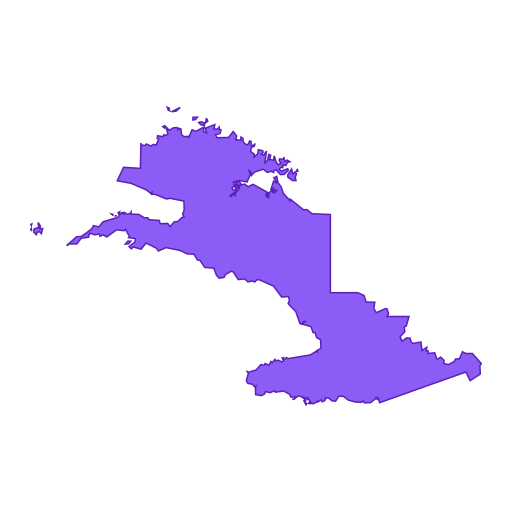 Alotau District, Milne Bay, Papua New Guinea (Natural Earth projection), rotated 180°
{"feature_id": "67681753B64121020462611", "entity_name": "Alotau District", "entity_type": "district", "adm_level": 2, "iso_a3": "PNG", "parent_name": "Papua New Guinea", "parent_adm1": "Milne Bay", "projection": "natural_earth1", "projection_center": [150.058, -10.179], "detail": "fine", "context": "isolated", "style": "filled", "palette": "violet", "viewbox_px": 512, "rotation_deg": 180, "n_neighbors": 0, "source": "geoboundaries", "source_scale": "gbopen_adm2", "svg_char_len": 6167}
<svg xmlns="http://www.w3.org/2000/svg" viewBox="0 0 512 512"><g transform="rotate(180 256 256)"><path d="M181.6,297.5L200.0,298.3L205.1,302.4L208.5,302.2L221.8,312.9L222.1,311.3L228.6,318.7L230.9,325.3L234.1,329.5L235.2,335.6L238.2,334.2L234.8,328.8L238.4,330.9L241.0,322.7L238.4,323.8L238.9,320.6L237.9,321.2L237.1,319.9L236.5,322.1L234.6,320.9L236.5,321.6L236.6,319.6L237.4,319.5L238.0,320.7L239.3,319.7L239.7,321.8L243.2,319.1L243.3,317.0L245.3,318.1L245.8,316.4L243.7,315.6L243.5,314.4L245.6,315.5L246.1,317.0L245.4,318.5L243.4,317.4L243.9,319.3L258.9,327.7L263.9,325.3L267.4,327.9L272.2,326.9L272.8,323.5L276.8,318.5L276.5,315.8L277.5,318.2L281.4,315.3L281.7,316.7L275.8,320.6L275.8,321.9L279.2,322.2L280.1,324.1L276.0,327.4L278.0,327.6L278.7,329.9L272.6,331.5L265.0,330.0L261.6,337.4L263.0,341.2L261.2,340.0L260.5,336.6L257.5,339.9L248.7,342.8L244.8,339.6L240.6,340.7L238.4,339.5L238.2,341.4L235.8,342.1L231.6,337.4L227.7,337.6L223.7,341.8L224.3,343.3L230.5,340.9L232.9,342.6L231.3,344.6L229.2,344.3L229.1,347.1L226.2,346.5L224.4,349.7L222.1,350.3L224.6,351.9L227.0,350.5L228.2,354.9L228.5,352.7L232.5,353.1L232.8,350.9L230.9,349.2L233.2,347.2L235.5,349.3L237.8,356.2L238.4,351.7L242.0,352.7L242.7,351.4L241.3,356.7L243.2,357.7L244.6,351.3L247.1,349.2L245.5,361.0L248.3,356.8L250.6,357.9L248.9,359.7L249.3,361.3L253.7,362.3L254.4,357.9L257.9,355.1L257.6,357.8L261.4,360.6L260.5,364.8L257.8,365.6L256.9,368.5L258.3,366.7L260.9,366.6L260.9,370.6L262.4,371.0L263.9,367.6L265.8,367.2L268.7,370.0L269.1,373.8L271.1,374.9L271.3,371.6L276.3,372.5L275.3,376.0L278.8,380.5L283.5,374.5L294.9,374.3L296.6,377.2L291.9,378.5L291.0,382.1L292.4,382.5L292.9,385.0L294.3,382.9L297.9,382.9L297.2,387.4L306.7,383.8L305.4,379.1L308.6,380.6L307.9,385.1L316.1,380.6L319.9,382.3L323.6,374.0L323.7,375.7L327.9,375.4L330.4,377.2L331.1,383.1L333.1,383.8L334.0,382.1L334.9,384.5L338.6,384.2L342.6,381.7L346.0,385.1L344.2,378.2L346.1,376.5L348.1,377.3L349.2,375.3L354.4,376.3L354.8,373.7L353.3,372.8L355.9,366.9L358.6,367.6L361.1,366.0L365.6,368.0L367.1,366.5L370.4,367.0L371.1,368.9L371.6,343.6L388.4,344.7L394.8,331.2L381.1,328.7L365.6,322.1L361.5,318.8L360.0,319.8L360.5,317.7L357.3,317.8L345.5,313.0L341.9,313.7L328.1,310.9L327.8,302.0L329.4,297.8L327.8,294.9L330.2,294.5L334.1,290.5L337.9,290.1L341.9,285.4L344.3,288.6L351.9,288.2L352.6,291.5L363.0,292.3L364.1,294.2L367.8,294.3L373.3,297.6L381.1,297.9L380.9,300.1L382.3,298.2L385.0,297.8L387.1,299.3L387.8,298.0L389.0,298.1L388.4,299.5L390.8,299.1L394.3,294.6L409.0,290.2L413.1,285.1L418.5,286.4L420.2,283.3L425.4,279.3L430.7,275.6L435.5,275.2L443.5,268.0L435.2,268.1L430.7,273.8L423.4,274.8L422.4,278.8L417.2,277.2L412.9,278.0L412.0,275.7L409.0,277.3L405.3,275.0L395.4,282.2L387.8,281.3L386.5,282.6L382.6,275.5L383.4,274.4L376.6,273.4L377.0,270.0L383.0,265.4L380.7,263.2L378.6,265.0L370.9,262.8L365.9,269.0L355.5,263.7L353.7,261.0L346.0,264.4L331.7,261.5L324.8,258.1L318.0,257.8L314.6,252.0L311.9,251.6L307.3,244.6L298.1,243.8L295.7,237.1L292.8,233.8L288.0,234.6L286.5,237.5L280.6,240.8L278.6,239.9L273.8,232.4L267.3,233.1L264.1,230.1L259.3,231.0L257.3,230.0L255.0,232.3L252.7,232.2L238.6,226.0L230.3,214.9L223.5,215.5L222.6,211.8L223.8,208.3L216.1,200.2L212.1,188.5L210.2,187.7L208.2,190.6L205.8,190.5L208.2,190.0L209.5,187.8L201.1,185.5L198.9,179.4L196.8,179.2L195.4,174.3L191.5,172.4L191.0,163.7L195.0,161.5L194.6,159.3L195.5,160.9L201.7,157.1L223.8,153.4L225.6,154.4L229.9,150.0L233.7,151.8L236.2,151.2L237.1,152.7L239.8,149.4L241.1,150.5L243.0,146.8L246.9,148.5L247.9,146.6L251.0,147.5L255.8,142.1L263.8,139.7L265.5,141.1L263.6,138.9L265.7,131.3L264.2,128.6L259.5,127.7L257.4,125.3L255.4,126.9L256.6,125.2L256.4,117.3L250.5,116.4L247.3,118.2L246.5,120.5L242.0,119.3L237.4,121.3L236.7,119.8L228.3,121.0L222.4,117.6L221.0,114.9L216.9,115.1L217.4,113.5L213.4,116.1L207.9,114.4L208.9,114.0L207.6,113.0L204.1,114.2L204.5,112.6L202.8,112.2L202.0,109.8L203.6,108.6L201.3,108.3L201.2,109.8L198.9,108.1L194.6,110.3L194.9,111.5L193.9,110.1L190.8,112.2L189.9,110.2L188.2,110.8L186.5,112.3L186.8,113.9L183.5,114.0L180.1,111.2L176.4,110.8L173.2,115.8L168.5,115.6L163.8,111.9L156.8,110.0L150.6,109.7L149.1,111.2L147.7,109.1L141.4,109.4L136.5,113.2L135.7,115.4L135.8,113.3L134.1,112.5L133.6,113.6L132.4,109.3L46.1,140.0L41.9,131.3L31.7,138.0L32.1,146.2L30.7,148.4L39.6,158.5L46.2,158.5L49.5,160.3L52.6,153.2L56.4,153.1L57.6,150.6L63.6,147.4L68.2,148.5L67.9,151.6L71.3,154.9L75.1,152.5L77.3,159.2L84.1,158.6L83.8,161.1L85.7,160.9L85.2,164.7L90.0,161.4L91.0,170.0L98.9,168.6L100.8,169.8L101.9,173.8L105.5,174.1L109.9,170.8L111.9,175.3L107.2,180.2L107.8,184.9L105.7,186.0L103.0,195.5L125.0,195.5L123.4,198.3L125.0,203.1L126.4,203.5L135.7,199.3L138.2,203.6L137.2,209.8L145.9,210.0L147.9,216.4L154.1,219.3L181.6,219.3L181.6,297.5ZM219.4,331.4L216.0,331.4L216.8,334.7L215.5,338.2L216.6,340.2L219.3,338.0L220.4,343.0L224.2,337.4L224.2,334.9L219.4,331.4ZM478.4,280.1L475.8,277.3L475.0,279.4L472.6,280.5L470.6,278.3L469.3,283.5L472.1,283.3L471.6,286.0L473.9,289.5L473.4,284.6L477.8,283.1L478.4,280.1ZM311.0,387.1L307.6,386.7L308.0,387.8L304.3,390.8L304.7,392.7L305.9,393.2L305.9,391.0L307.9,388.5L310.4,390.3L313.4,389.5L311.0,387.1ZM276.8,329.5L273.2,325.8L271.2,328.2L272.5,330.5L276.8,329.5ZM275.2,327.1L277.0,324.9L276.4,323.1L273.4,323.9L275.2,327.1ZM340.2,400.3L335.8,400.9L331.8,404.6L340.2,400.3ZM386.7,267.9L383.3,268.2L381.2,270.8L384.1,271.0L386.7,267.9ZM319.0,394.8L319.2,392.0L316.5,392.4L314.6,394.8L319.0,394.8ZM205.6,112.1L208.1,111.2L206.0,107.2L205.4,108.4L207.5,110.8L205.6,112.1ZM343.6,401.7L342.2,401.2L343.3,402.5L342.7,403.9L344.8,404.8L343.6,401.7ZM347.6,386.1L349.2,385.3L347.5,384.0L347.6,386.1ZM480.7,283.6L481.3,282.5L480.3,281.1L480.7,283.6ZM480.2,288.1L481.2,287.6L480.6,286.5L480.2,288.1ZM228.4,154.3L229.8,154.0L229.0,152.5L228.4,154.3ZM392.4,300.2L393.9,299.3L393.2,297.9L392.4,300.2ZM217.9,112.7L217.4,113.2L219.6,112.7L217.9,112.7ZM400.5,298.0L399.3,296.8L398.9,297.0L399.2,297.7L400.5,298.0ZM444.2,267.6L445.3,266.3L444.0,266.9L444.2,267.6ZM215.3,340.8L214.1,340.8L214.6,342.5L215.0,342.2L215.3,340.8ZM395.2,296.2L396.5,296.3L396.6,296.1L395.2,296.2Z" fill="#8b5cf6" stroke="#5b21b6" stroke-width="1.5"/></g></svg>